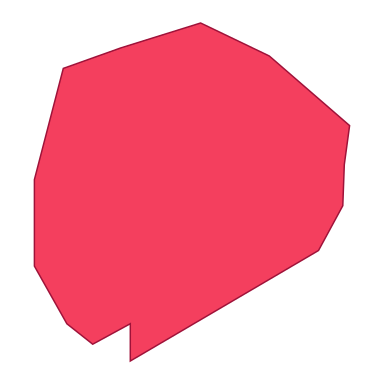 the Parish of Saint David
{"feature_id": "GRD-5071", "entity_name": "Saint David", "entity_type": "Parish", "adm_level": 1, "iso_a3": "GRD", "parent_name": "Grenada", "parent_adm1": "", "projection": "robinson", "projection_center": [-61.661, 12.056], "detail": "fine", "context": "isolated", "style": "filled", "palette": "rose", "viewbox_px": 384, "rotation_deg": 0, "n_neighbors": 0, "source": "natural_earth", "source_scale": "10m", "svg_char_len": 303}
<svg xmlns="http://www.w3.org/2000/svg" viewBox="0 0 384 384"><path d="M349.6,125.6L344.3,164.7L342.8,205.7L318.5,250.5L130.3,361.0L130.3,323.7L92.7,344.2L66.9,323.8L34.4,266.1L34.4,179.6L63.3,68.4L121.1,47.8L200.6,23.0L269.3,56.0L349.6,125.6Z" fill="#f43f5e" stroke="#9f1239" stroke-width="1.5"/></svg>